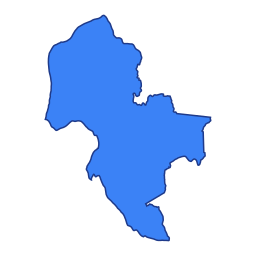 Breves, Pará, Brazil
{"feature_id": "56859067B92233962013090", "entity_name": "Breves", "entity_type": "district", "adm_level": 2, "iso_a3": "BRA", "parent_name": "Brazil", "parent_adm1": "Pará", "projection": "equal_earth", "projection_center": [-50.568, -1.157], "detail": "fine", "context": "isolated", "style": "filled", "palette": "blue", "viewbox_px": 256, "rotation_deg": 0, "n_neighbors": 0, "source": "geoboundaries", "source_scale": "gbopen_adm2", "svg_char_len": 5800}
<svg xmlns="http://www.w3.org/2000/svg" viewBox="0 0 256 256"><path d="M61.0,42.1L59.9,42.9L58.3,43.5L56.4,44.6L55.3,44.9L53.8,45.8L52.8,47.1L52.0,48.4L49.3,53.3L49.2,54.1L48.8,56.0L48.5,58.5L48.4,62.0L48.5,64.1L49.2,71.3L49.6,73.2L50.3,75.9L50.7,78.1L51.0,80.6L51.4,82.8L51.4,84.3L51.2,86.5L51.2,88.5L51.1,89.6L51.1,90.7L50.5,93.1L50.2,95.1L50.3,96.8L49.4,100.1L49.4,103.0L49.3,103.8L48.6,105.2L48.4,107.6L47.6,110.2L47.5,111.0L46.5,113.4L46.3,114.6L46.1,116.5L45.7,118.1L45.3,119.4L46.4,119.6L47.2,119.9L48.7,121.1L49.5,122.4L50.3,123.8L50.9,125.4L51.3,126.2L51.8,126.9L53.4,127.8L54.4,128.7L54.9,129.3L56.0,130.3L56.8,130.3L57.5,130.0L60.3,128.4L63.5,127.4L65.6,126.3L67.0,125.2L70.2,122.2L71.7,121.1L72.9,120.9L75.0,121.4L77.4,120.9L78.4,120.8L79.4,120.9L81.3,121.4L83.6,123.6L86.1,126.7L86.9,127.3L88.0,128.6L89.2,129.5L90.8,130.3L92.6,131.3L93.2,132.3L93.5,133.4L94.2,134.9L94.5,135.2L94.9,135.4L96.3,135.4L96.7,135.6L96.9,135.9L98.0,138.7L98.4,140.4L98.8,142.7L98.8,144.6L98.5,147.0L98.3,148.2L97.4,148.4L97.0,149.3L95.2,150.4L93.5,152.3L92.8,153.7L91.6,156.5L90.9,159.3L90.1,161.2L89.4,162.6L88.4,164.0L87.7,165.3L87.0,166.3L87.0,167.2L86.8,167.8L86.5,168.3L86.4,169.5L86.6,170.0L86.9,170.3L87.2,170.8L88.2,173.0L88.8,177.0L89.1,178.0L89.3,178.4L90.7,179.6L91.4,179.9L91.3,179.2L91.7,177.5L92.7,176.1L92.8,175.5L93.1,175.0L93.8,174.3L94.2,174.6L94.6,175.5L95.0,176.0L95.3,176.5L95.9,176.8L97.6,175.7L99.2,175.6L100.0,177.1L100.5,178.7L101.8,182.1L103.3,185.4L104.6,186.9L105.2,188.0L106.2,194.4L106.7,195.6L107.7,197.6L109.5,199.4L111.1,200.8L112.9,202.9L114.6,204.4L116.7,206.8L117.6,208.2L119.6,210.0L120.6,211.2L121.1,212.1L122.7,213.5L123.6,214.8L124.3,216.1L124.7,217.2L125.6,219.4L126.8,223.4L127.6,225.2L128.0,225.5L129.8,226.1L130.9,226.7L131.6,227.5L133.2,230.1L133.8,230.5L134.3,230.5L135.8,230.0L136.3,230.0L137.1,230.4L138.3,231.8L138.8,232.7L140.4,234.8L141.6,235.9L143.2,236.7L143.6,236.7L144.2,236.2L145.0,235.9L145.4,236.0L147.0,237.1L147.5,237.3L151.5,238.4L153.5,238.9L156.6,240.1L158.2,240.4L160.9,240.4L162.1,240.2L164.1,240.4L166.2,240.4L168.7,240.6L169.1,240.3L169.3,238.5L169.2,237.7L168.2,236.5L167.5,236.1L167.2,234.9L166.5,233.0L165.1,230.3L164.6,228.0L164.3,227.2L162.4,224.6L162.3,224.0L162.4,223.3L163.2,220.3L163.2,219.5L163.0,216.7L162.7,215.9L160.3,211.3L159.2,209.9L158.9,209.2L158.9,208.0L158.8,207.1L158.2,206.8L157.1,207.3L156.1,206.6L154.9,206.6L154.2,206.4L152.4,205.2L152.1,204.7L151.5,204.5L150.7,204.6L149.9,204.0L149.5,204.4L149.1,204.6L148.4,205.3L148.0,205.5L147.5,205.4L146.8,206.0L146.3,204.8L145.7,203.8L164.3,192.7L165.1,190.5L165.4,189.6L165.4,188.8L165.2,188.1L165.8,185.7L164.8,183.5L164.6,180.8L164.7,179.4L164.5,178.9L164.4,175.8L164.2,175.4L164.4,174.8L164.4,173.6L164.7,173.1L164.6,171.9L164.8,171.3L164.8,170.8L165.0,170.3L165.4,169.7L166.2,169.6L166.5,169.1L168.4,168.2L168.8,167.9L168.9,167.4L169.3,167.8L169.7,167.7L170.2,167.3L170.3,166.4L170.6,165.9L169.9,163.2L171.1,162.2L173.1,161.1L175.1,159.5L176.9,158.7L178.3,157.8L182.0,156.6L183.7,156.3L184.8,156.3L185.3,156.4L185.8,156.7L186.4,157.4L188.8,160.5L190.3,161.3L191.3,161.3L192.7,159.9L193.5,159.3L193.9,159.1L194.3,159.0L195.2,159.3L196.0,159.9L196.6,160.7L197.5,163.8L198.0,165.1L198.6,165.2L199.4,164.8L199.7,164.4L200.4,162.4L200.8,160.0L201.7,159.6L202.4,159.0L203.1,158.3L203.6,157.4L204.0,157.0L204.8,156.4L205.1,155.8L204.9,152.8L203.8,152.3L203.2,131.9L202.8,131.7L202.0,131.0L202.9,129.8L203.5,127.5L203.8,126.9L205.2,125.4L205.3,124.8L205.6,124.2L207.5,123.0L208.2,122.7L208.7,122.7L209.0,122.5L209.6,121.6L210.2,121.2L210.7,120.7L210.7,120.0L210.2,118.9L210.5,117.8L210.5,117.3L176.8,113.6L176.3,112.7L175.7,112.0L174.7,112.2L173.7,111.8L173.4,111.5L173.5,110.7L174.0,109.0L173.9,108.2L173.1,107.2L172.7,104.3L172.3,103.6L171.5,102.5L171.7,100.5L171.0,99.1L170.8,97.9L170.4,97.5L170.3,96.7L170.0,96.1L168.8,96.1L167.7,95.8L166.8,96.1L165.6,96.3L164.2,96.2L163.4,95.9L163.3,95.3L163.5,94.8L163.4,94.2L162.9,94.0L161.1,93.9L156.8,95.1L155.3,94.9L154.5,94.9L154.0,95.1L152.9,96.3L152.4,96.5L152.0,96.4L151.2,95.7L150.6,95.3L150.1,95.4L149.5,95.7L148.3,97.0L148.0,97.6L147.9,98.3L147.8,100.3L147.7,101.0L146.8,102.0L146.5,102.5L145.8,104.9L145.4,105.0L145.0,104.9L144.1,103.6L143.4,103.0L142.9,103.0L142.6,103.2L142.2,103.8L141.8,104.8L141.4,105.3L141.0,105.4L139.4,104.5L138.3,104.8L137.4,104.8L135.8,102.8L133.9,102.8L133.6,102.4L133.3,101.8L133.1,101.0L133.4,98.5L133.8,96.8L133.8,96.0L133.6,95.3L133.2,94.5L133.2,93.9L133.5,93.4L134.4,93.2L134.9,93.5L135.2,94.0L135.6,95.1L136.3,96.0L136.7,96.3L137.4,96.3L138.8,95.6L139.3,95.1L139.5,93.2L139.7,92.7L140.0,92.1L141.2,91.1L141.4,90.6L141.4,90.1L141.2,89.6L140.5,88.7L140.5,87.8L141.2,86.6L141.3,86.0L141.2,83.3L140.6,80.7L140.3,80.3L139.8,80.2L139.4,80.3L138.9,80.1L138.9,79.4L139.1,78.7L138.8,78.1L137.4,77.9L137.1,77.6L137.2,77.0L137.8,76.1L137.9,75.4L137.4,74.5L137.5,73.5L137.8,71.6L137.4,70.9L136.9,70.5L136.6,70.0L136.3,69.3L136.2,68.7L137.0,67.4L137.7,64.5L138.1,64.2L139.0,64.8L139.5,64.7L139.8,64.0L140.0,62.8L140.3,62.1L140.6,61.8L140.7,60.6L141.5,58.7L141.7,57.6L141.6,57.0L141.2,56.0L140.3,52.4L138.6,50.6L136.5,49.4L135.8,48.8L135.0,47.8L134.4,46.4L133.4,44.8L132.1,44.0L129.6,43.9L127.6,43.6L123.9,43.6L123.0,42.9L122.4,41.7L121.8,39.5L121.4,39.0L120.5,38.3L119.3,37.9L117.8,37.9L117.0,38.0L116.4,37.9L114.8,36.5L113.8,35.3L113.5,34.7L113.3,32.4L112.9,30.5L112.1,29.1L111.6,27.9L110.3,24.0L109.4,22.6L108.0,20.9L107.0,18.6L105.8,16.8L104.2,15.5L103.9,15.4L103.4,15.4L102.6,15.7L102.0,16.1L101.4,16.8L99.8,17.9L98.4,18.5L94.3,19.4L93.4,19.7L92.5,20.1L91.1,21.0L84.3,23.7L81.8,25.1L81.0,25.6L78.5,27.0L77.2,28.2L77.0,28.7L76.6,29.0L75.0,30.9L73.1,34.1L71.7,36.8L70.3,38.6L69.6,39.1L68.4,40.0L67.7,40.4L67.4,40.7L66.1,41.3L62.9,42.2L61.0,42.1Z" fill="#3b82f6" stroke="#1e3a8a" stroke-width="1.5"/></svg>